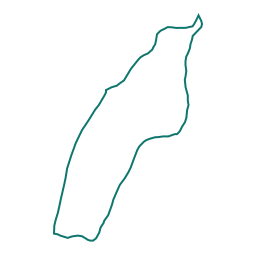 the district of Oredo, Edo, Nigeria
{"feature_id": "59680162B51317919954642", "entity_name": "Oredo", "entity_type": "district", "adm_level": 2, "iso_a3": "NGA", "parent_name": "Nigeria", "parent_adm1": "Edo", "projection": "mercator", "projection_center": [5.573, 6.23], "detail": "fine", "context": "isolated", "style": "outline", "palette": "teal", "viewbox_px": 256, "rotation_deg": 0, "n_neighbors": 0, "source": "geoboundaries", "source_scale": "gbopen_adm2", "svg_char_len": 1568}
<svg xmlns="http://www.w3.org/2000/svg" viewBox="0 0 256 256"><path d="M198.5,15.4L196.2,20.3L194.1,24.1L192.6,26.3L189.0,27.1L185.4,27.9L183.4,27.9L181.1,27.9L180.7,27.9L178.0,27.9L177.6,27.9L176.7,28.0L171.6,27.3L167.7,27.1L163.4,29.4L161.8,30.0L159.9,31.3L157.0,34.3L156.1,40.0L155.8,41.2L155.6,42.3L155.1,44.5L153.6,46.7L152.2,49.7L147.8,53.5L144.2,55.0L140.6,57.2L139.0,58.9L138.4,59.5L131.2,68.5L129.8,70.7L124.0,80.4L119.7,83.4L116.8,85.7L111.7,87.2L106.0,90.1L106.0,92.4L104.5,95.4L98.8,105.1L95.2,109.6L88.7,120.1L85.8,124.5L82.2,129.8L79.3,135.7L75.7,143.2L73.6,149.1L71.4,155.1L67.1,168.5L65.7,177.4L64.3,184.1L60.7,199.7L59.3,206.4L57.8,213.1L55.7,219.8L54.3,225.7L54.0,233.6L57.6,234.3L60.5,235.7L65.5,237.2L67.7,237.9L72.1,236.4L77.9,235.6L82.2,236.3L88.0,239.9L90.2,240.6L93.1,240.6L96.0,238.4L99.2,232.7L100.6,227.5L102.2,225.0L103.5,223.1L104.2,220.8L108.2,215.2L109.7,211.0L111.9,205.0L113.3,199.8L115.5,194.6L119.8,184.9L124.8,178.2L128.4,172.2L130.6,167.8L134.4,157.5L137.3,150.0L139.4,146.3L143.8,141.8L145.9,140.3L149.6,138.8L155.3,137.2L157.5,137.2L163.3,136.4L168.4,136.4L174.9,134.1L177.1,134.1L179.9,131.1L182.1,126.6L185.0,122.1L186.4,117.7L187.1,110.2L187.8,107.8L188.5,105.0L187.8,100.6L187.8,95.4L185.6,87.2L184.8,79.8L185.6,76.1L186.3,70.9L185.5,65.0L185.5,61.3L185.6,60.6L186.0,58.0L186.2,56.8L187.7,53.8L188.6,51.6L189.8,48.6L190.3,45.7L190.4,44.7L190.5,44.1L190.7,43.5L192.0,39.7L192.7,36.0L196.1,32.4L196.3,32.2L201.3,27.0L201.7,25.3L202.0,24.0L201.3,21.0L199.9,18.1L198.5,15.4Z" fill="none" stroke="#0f766e" stroke-width="2"/></svg>